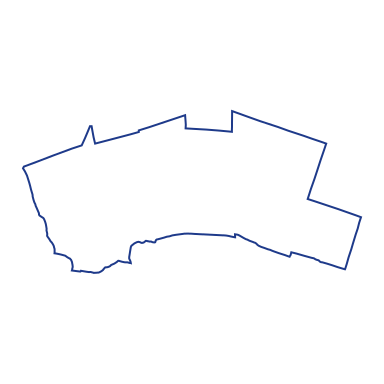 the district of Rojiste, Dolj, Romania
{"feature_id": "2599482B74221959783433", "entity_name": "Rojiste", "entity_type": "district", "adm_level": 2, "iso_a3": "ROU", "parent_name": "Romania", "parent_adm1": "Dolj", "projection": "mercator", "projection_center": [23.915, 44.025], "detail": "fine", "context": "isolated", "style": "outline", "palette": "blue", "viewbox_px": 384, "rotation_deg": 0, "n_neighbors": 0, "source": "geoboundaries", "source_scale": "gbopen_adm2", "svg_char_len": 4261}
<svg xmlns="http://www.w3.org/2000/svg" viewBox="0 0 384 384"><path d="M345.0,269.3L345.1,269.1L346.7,264.1L348.6,257.3L350.4,251.9L351.3,249.2L352.9,243.7L355.7,234.5L357.7,228.6L359.2,222.7L361.0,217.2L356.1,215.4L347.0,212.2L338.5,209.2L314.2,201.1L307.7,199.0L308.6,196.2L310.9,189.0L314.4,179.1L317.1,170.9L320.5,160.4L324.3,149.3L326.2,143.6L322.6,142.3L311.9,138.7L303.7,135.8L288.2,130.7L278.0,127.0L260.3,121.2L253.0,118.6L244.9,115.7L239.4,113.7L232.1,111.1L232.1,114.4L232.0,122.5L232.0,126.9L231.9,129.3L231.9,131.8L229.0,131.5L219.3,130.6L206.6,129.6L185.6,128.4L185.8,124.8L185.6,121.7L185.4,119.0L185.1,115.2L149.1,127.2L138.8,130.4L138.8,132.0L130.6,134.3L123.8,136.1L109.3,139.9L95.1,143.6L93.6,137.3L92.2,129.7L91.6,126.2L90.0,126.2L87.4,132.5L84.9,138.4L81.7,145.4L71.9,148.6L53.5,155.4L36.8,161.8L23.9,166.6L23.0,168.3L25.0,171.5L27.0,175.6L29.3,182.9L30.1,185.8L31.0,189.5L31.8,192.2L32.3,193.8L32.6,195.0L32.6,195.6L32.7,196.7L33.6,200.1L34.4,202.5L35.3,204.2L35.7,205.9L36.6,207.8L37.8,210.6L38.9,213.1L39.0,214.0L39.0,214.5L39.3,215.2L39.5,215.5L40.4,216.1L41.7,217.0L42.7,217.6L43.4,218.1L44.1,219.2L45.1,221.7L45.8,224.0L46.2,226.2L46.6,228.7L46.5,230.5L46.8,231.7L47.0,232.6L47.2,233.4L47.2,234.1L47.2,235.1L47.1,235.7L47.3,236.3L48.3,237.7L49.3,239.1L49.9,240.1L50.6,241.3L51.7,242.4L52.5,243.6L53.2,244.8L53.6,245.6L53.9,246.5L54.1,247.5L54.5,248.7L54.6,249.6L54.6,250.6L54.6,251.7L54.6,252.5L54.5,253.3L56.5,253.6L58.5,254.0L60.8,254.5L63.8,255.3L65.2,255.7L65.8,256.1L66.7,256.8L67.6,257.4L69.2,258.3L70.1,258.7L70.5,259.3L71.1,259.9L71.6,261.1L72.0,262.1L72.3,263.9L72.5,264.8L72.7,266.7L72.6,267.5L72.3,268.5L72.2,269.5L71.9,270.5L78.0,271.3L79.0,271.4L79.7,271.5L80.5,271.5L80.9,271.2L81.0,270.8L86.2,271.7L88.3,272.0L89.1,272.1L89.8,272.0L90.2,272.0L90.8,272.0L91.4,272.2L92.1,272.4L93.1,272.6L93.4,272.8L94.0,272.9L94.6,272.8L95.1,272.8L96.8,272.7L97.6,272.6L98.2,272.6L98.5,272.6L98.8,272.5L99.1,272.4L99.3,272.3L100.9,271.5L101.7,271.0L103.1,269.9L103.4,269.3L103.8,269.0L104.2,268.4L104.5,268.1L104.7,267.9L104.9,267.6L105.3,267.4L105.5,267.3L105.9,267.3L106.4,267.3L107.3,267.2L107.8,267.1L108.2,266.9L108.5,266.9L108.9,266.7L109.3,266.5L109.9,266.2L110.2,266.0L110.5,265.7L110.7,265.4L111.0,265.1L111.4,264.9L112.7,264.3L113.5,264.0L114.3,263.6L115.0,263.2L115.9,262.6L116.8,262.0L117.8,261.1L118.2,260.8L118.5,260.8L118.8,260.8L119.4,261.0L120.8,261.4L122.2,261.8L122.8,261.9L124.1,262.2L125.0,262.3L126.5,262.3L127.4,262.3L127.8,262.4L128.0,262.5L128.3,262.6L128.5,262.6L128.8,262.7L129.0,262.8L129.4,262.9L130.0,263.0L130.5,263.0L130.8,263.1L130.7,262.5L130.6,261.9L130.2,260.7L129.9,260.0L129.5,259.3L129.2,258.5L129.2,257.7L129.2,257.0L129.7,254.0L130.1,251.4L130.5,249.0L130.8,247.2L131.4,245.8L132.9,244.6L134.4,243.4L136.0,242.6L136.8,242.2L138.0,241.9L138.4,241.8L139.2,242.0L139.7,242.1L140.5,242.4L141.2,242.8L141.7,242.9L142.3,242.9L142.8,242.7L143.2,242.7L143.7,242.5L144.2,242.1L144.8,241.7L145.2,241.3L145.5,241.1L145.7,240.9L146.1,240.9L146.3,240.9L146.5,240.9L146.8,241.0L147.1,241.0L147.6,241.2L147.9,241.2L148.2,241.3L148.6,241.3L149.6,241.6L150.2,241.6L150.9,241.5L151.5,241.7L152.2,242.1L153.2,242.3L154.1,242.4L154.8,242.4L155.2,242.2L155.4,241.7L155.7,240.7L156.0,240.1L156.7,239.5L157.8,239.3L158.5,239.1L160.1,238.7L164.1,237.6L166.9,236.7L169.6,236.3L172.3,235.4L176.0,234.8L182.9,233.9L184.2,233.7L185.5,233.7L186.7,233.6L187.8,233.6L191.4,233.7L194.1,233.9L199.7,234.2L201.8,234.3L202.5,234.3L222.1,235.3L224.8,235.4L226.6,235.6L228.9,236.0L230.9,236.5L234.3,237.2L235.1,237.3L235.0,234.3L237.0,234.6L237.9,234.8L238.4,235.0L239.6,235.6L241.8,236.9L243.7,238.0L245.2,238.8L246.2,239.3L247.0,239.5L247.6,239.7L248.2,240.1L249.9,240.9L251.6,241.5L253.0,242.0L254.1,242.5L254.9,242.7L255.5,243.0L256.0,243.4L256.7,244.0L257.4,244.8L258.6,245.7L261.2,246.9L264.2,247.9L268.0,249.3L270.3,249.9L271.8,250.6L273.9,251.4L278.7,253.1L281.2,253.9L285.0,255.1L287.7,256.1L289.5,256.7L289.6,256.3L290.0,255.9L290.2,255.7L290.4,255.4L290.8,254.3L291.3,252.3L296.6,253.6L304.2,255.8L311.5,257.8L313.9,258.3L314.7,258.8L315.4,259.3L317.0,259.9L318.6,260.3L320.0,261.7L321.1,262.2L322.3,262.3L327.2,263.7L332.3,265.3L337.6,267.1L341.9,268.4L345.0,269.3Z" fill="none" stroke="#1e3a8a" stroke-width="2"/></svg>